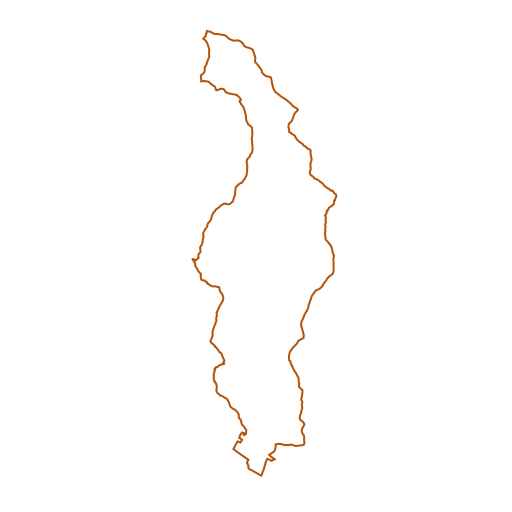 Brancovenesti, Mures, Romania (Albers equal-area conic projection), rotated 277°
{"feature_id": "2599482B13448214050806", "entity_name": "Brancovenesti", "entity_type": "district", "adm_level": 2, "iso_a3": "ROU", "parent_name": "Romania", "parent_adm1": "Mures", "projection": "albers", "projection_center": [24.873, 46.864], "detail": "fine", "context": "isolated", "style": "outline", "palette": "amber", "viewbox_px": 512, "rotation_deg": 277, "n_neighbors": 0, "source": "geoboundaries", "source_scale": "gbopen_adm2", "svg_char_len": 6089}
<svg xmlns="http://www.w3.org/2000/svg" viewBox="0 0 512 512"><g transform="rotate(277 256 256)"><path d="M244.4,331.0L247.6,334.3L249.2,334.7L251.7,334.8L262.5,333.2L264.0,333.2L265.7,333.5L268.1,332.0L273.5,330.1L275.8,328.8L277.0,327.2L278.8,325.6L279.8,324.2L281.0,323.3L282.4,322.8L286.6,321.7L289.4,321.8L291.4,321.3L293.7,321.5L295.5,320.7L297.6,321.3L300.1,320.6L302.1,320.8L303.1,320.2L304.0,320.1L304.7,319.5L306.2,320.6L307.1,320.8L309.0,320.7L309.3,321.5L309.5,321.5L309.5,321.1L309.9,321.1L311.2,322.0L312.6,322.4L315.0,325.2L315.7,325.5L316.8,326.9L320.3,326.8L320.6,326.9L320.6,327.5L320.8,327.7L322.4,327.6L324.6,328.4L326.1,328.3L326.9,327.8L327.4,326.8L328.8,325.1L330.0,324.3L330.3,323.5L329.9,322.5L331.7,320.0L331.9,319.4L332.0,318.5L332.9,317.4L333.8,315.3L335.2,314.3L336.0,313.3L339.1,308.1L339.8,306.1L340.2,304.2L341.0,303.8L341.6,303.1L342.9,300.8L343.9,299.7L344.8,299.3L345.5,299.2L348.7,299.7L354.5,298.7L356.5,299.3L358.8,299.4L363.4,298.0L364.2,297.6L366.7,297.5L367.9,297.0L368.1,296.7L368.9,294.4L369.6,293.1L370.1,292.7L371.6,289.7L372.9,288.5L374.6,285.1L376.7,282.4L378.7,280.7L380.2,279.8L380.8,278.7L381.2,277.4L381.7,276.3L382.8,275.1L383.0,273.9L386.7,273.0L388.1,272.4L390.8,272.5L391.7,272.8L393.6,274.5L395.0,275.3L401.5,276.7L403.3,277.7L405.5,279.6L406.3,279.8L406.8,279.5L407.7,278.0L408.8,275.3L410.4,272.9L411.3,272.2L415.0,266.6L417.1,262.0L421.2,255.2L423.4,253.4L425.2,252.5L428.2,251.3L434.8,249.2L435.3,248.6L435.9,243.6L437.8,240.7L438.9,239.6L440.5,239.2L442.1,238.1L446.0,234.4L447.9,232.1L448.8,231.4L452.5,231.2L454.3,230.5L460.2,227.7L460.7,227.0L461.8,223.8L461.9,221.8L462.2,220.6L462.9,219.0L463.9,218.0L464.9,217.5L466.5,215.6L467.7,212.9L467.6,210.0L467.1,208.5L467.0,207.3L468.2,202.8L470.6,199.7L471.1,198.6L471.4,197.3L471.4,194.8L471.7,192.1L471.4,187.6L471.6,186.5L472.4,185.3L472.9,183.7L473.3,179.8L471.6,179.8L471.2,179.8L470.9,179.4L468.1,179.2L465.2,177.2L464.2,178.9L463.0,180.4L460.0,182.4L455.3,184.4L452.1,184.6L448.4,185.3L447.0,185.1L442.3,183.7L440.1,183.5L437.1,182.1L434.8,182.5L432.6,182.4L430.8,181.5L429.2,179.8L428.2,179.3L426.5,179.5L424.1,180.3L422.6,180.4L423.2,182.3L423.4,185.8L423.3,187.1L422.5,188.8L421.4,190.1L419.3,194.2L418.3,195.1L416.0,196.0L415.8,196.4L415.8,197.4L417.1,199.5L417.6,200.6L417.8,201.8L417.7,203.2L417.1,204.4L415.2,205.8L414.8,206.4L414.1,209.0L413.8,212.1L413.6,216.7L413.3,217.7L410.8,220.9L409.1,222.0L407.7,220.8L407.4,220.8L404.5,223.1L402.4,225.3L400.8,226.1L395.3,228.4L389.2,229.9L386.5,231.8L386.1,231.9L385.4,232.8L383.9,235.4L383.2,236.2L379.3,237.2L373.8,237.7L371.9,237.4L370.0,238.0L361.1,239.7L357.8,239.3L355.8,237.9L354.1,237.8L351.0,235.6L350.2,235.2L347.2,235.4L344.2,236.5L342.1,236.4L340.1,236.9L334.9,236.7L331.1,235.4L329.0,234.0L327.2,233.3L326.4,231.7L325.4,230.4L323.7,229.2L323.4,228.6L321.2,227.4L314.5,227.7L310.3,226.8L307.7,226.5L304.8,224.2L304.2,223.2L303.9,222.1L304.2,218.7L304.1,218.2L302.6,215.9L301.8,215.0L299.8,213.4L297.1,210.4L295.4,209.7L294.0,208.5L290.9,207.4L286.7,206.9L284.6,205.9L282.7,204.4L280.9,203.9L279.2,204.0L276.4,202.3L272.5,200.8L270.8,200.9L269.9,201.4L268.7,201.5L264.7,201.2L262.9,201.3L260.2,200.7L258.6,199.7L257.6,199.5L253.6,200.4L252.6,200.1L250.8,198.8L248.5,198.7L247.9,198.9L247.4,199.3L244.4,196.8L244.4,196.5L245.2,194.7L245.2,193.5L244.9,193.4L243.9,194.8L242.8,195.0L241.8,196.3L239.3,196.8L237.8,197.6L236.0,199.2L233.8,200.6L231.3,203.6L230.2,203.5L229.5,203.8L228.9,203.5L225.9,204.6L225.5,205.4L225.4,208.1L224.8,208.4L223.8,210.8L222.9,210.8L222.2,212.7L221.6,213.3L220.9,215.3L220.6,217.1L220.9,219.1L220.6,221.6L220.5,223.1L220.1,223.5L218.6,223.8L216.5,224.7L214.1,227.0L212.2,228.1L210.2,228.7L208.2,228.7L200.6,225.5L198.9,225.2L195.0,223.8L191.6,224.5L189.7,224.0L186.9,224.6L178.7,222.6L175.2,222.1L171.6,222.7L169.0,222.1L166.9,221.3L165.9,221.2L164.8,221.8L161.9,226.0L160.7,226.4L160.4,227.7L156.2,231.5L155.7,232.3L155.6,232.9L153.4,234.5L152.1,235.0L148.4,237.3L147.2,237.1L146.6,236.6L145.9,236.8L145.3,237.5L144.7,237.0L144.8,235.8L144.4,235.6L144.2,234.8L143.7,234.4L143.2,233.2L142.6,232.5L141.5,231.7L140.5,229.6L139.2,228.7L138.5,228.7L138.8,229.3L133.1,228.4L131.2,228.9L128.6,229.0L127.7,229.4L126.9,230.3L125.7,230.3L125.2,231.6L122.9,232.6L121.1,233.1L118.0,233.0L116.8,233.4L115.0,234.8L113.9,236.8L113.1,237.4L113.1,238.6L112.8,239.9L111.7,241.9L111.2,243.6L110.2,245.0L107.3,247.1L104.0,248.5L103.2,249.2L101.5,251.8L101.0,253.7L99.2,256.2L97.6,257.4L96.9,258.2L93.6,258.6L92.6,259.3L92.2,260.2L91.6,260.7L89.9,261.6L89.2,261.6L87.3,262.4L86.2,263.4L85.5,264.5L82.0,267.6L78.5,267.7L78.0,267.6L77.2,266.9L76.9,266.2L77.6,266.2L77.5,265.7L77.8,265.2L78.7,265.6L78.9,265.4L79.2,263.7L77.1,262.4L73.4,261.4L72.5,263.7L71.9,264.6L68.9,263.2L69.7,260.3L61.7,257.1L58.7,262.2L52.8,273.3L50.3,272.3L49.3,272.3L48.7,273.1L48.0,273.2L47.0,274.0L44.7,274.3L44.0,274.7L38.7,288.0L44.8,289.6L51.5,290.7L52.7,290.7L56.0,291.9L55.7,293.9L55.0,295.4L54.5,295.9L56.5,299.3L58.9,295.0L60.2,293.3L64.0,297.6L64.9,298.2L67.0,298.6L70.1,298.8L71.4,298.5L72.4,301.5L72.4,304.2L72.0,305.4L71.9,308.5L72.3,310.4L72.4,312.1L73.2,314.2L72.3,317.7L72.3,319.2L74.2,326.0L74.4,326.4L75.9,326.9L79.4,326.1L81.6,326.0L83.8,325.3L86.4,323.2L88.3,322.6L90.2,322.8L94.4,324.5L96.0,323.9L97.0,322.8L98.9,319.8L100.9,319.0L102.7,319.0L105.3,319.8L108.8,320.0L110.5,320.5L114.6,319.5L117.0,319.8L118.6,318.5L119.3,318.3L121.2,318.6L126.6,318.7L128.6,318.4L129.1,317.5L131.5,314.5L134.8,314.5L136.6,313.6L139.9,313.2L142.3,311.4L144.4,310.2L146.2,308.5L150.4,305.6L151.5,305.2L152.1,304.5L153.4,303.7L155.6,303.1L156.6,301.5L158.2,301.1L162.8,301.0L165.2,301.5L167.6,302.7L170.0,304.1L173.6,307.0L177.1,308.5L180.6,313.3L182.0,313.0L183.9,313.0L184.9,312.4L188.4,311.1L191.5,309.6L193.9,309.1L196.0,309.1L200.6,310.6L203.6,311.2L208.8,313.5L210.8,314.1L214.2,314.2L215.8,314.9L216.5,314.8L220.7,315.9L221.5,315.8L223.8,316.6L229.4,319.8L230.3,321.8L231.8,323.7L232.6,324.4L233.9,325.3L238.0,327.1L239.7,328.4L242.7,329.6L243.1,330.2L244.4,331.0Z" fill="none" stroke="#b45309" stroke-width="2"/></g></svg>